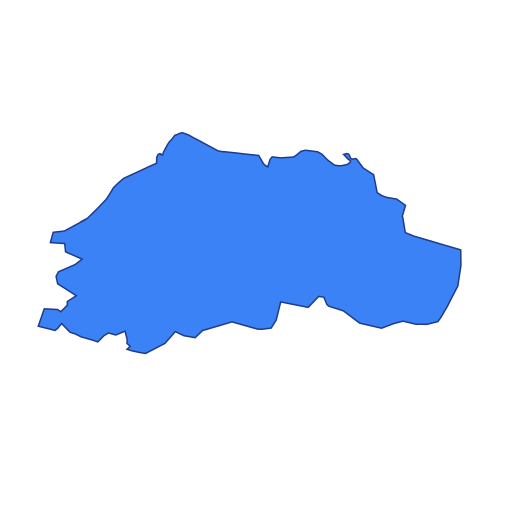 Razih, Sa`dah, Yemen, rotated 283°
{"feature_id": "15242507B22437016360372", "entity_name": "Razih", "entity_type": "district", "adm_level": 2, "iso_a3": "YEM", "parent_name": "Yemen", "parent_adm1": "Sa`dah", "projection": "natural_earth1", "projection_center": [43.257, 16.923], "detail": "fine", "context": "isolated", "style": "filled", "palette": "blue", "viewbox_px": 512, "rotation_deg": 283, "n_neighbors": 0, "source": "geoboundaries", "source_scale": "gbopen_adm2", "svg_char_len": 2313}
<svg xmlns="http://www.w3.org/2000/svg" viewBox="0 0 512 512"><g transform="rotate(283 256 256)"><path d="M251.5,79.4L251.6,79.9L237.2,63.6L233.5,53.1L222.8,52.6L225.1,66.8L217.2,69.5L214.2,85.4L213.8,87.3L207.0,81.7L196.2,67.1L191.2,65.8L190.7,66.0L184.3,69.0L178.9,84.2L176.9,89.8L169.2,82.4L165.5,83.2L157.8,78.3L159.2,74.7L158.6,71.1L156.9,61.6L153.8,61.2L150.3,60.9L146.8,60.5L142.2,60.0L138.6,59.6L138.3,77.0L140.5,78.8L146.5,81.8L139.9,91.9L139.4,97.4L138.2,102.4L137.9,103.5L137.3,115.6L136.7,121.2L144.3,125.9L147.8,129.6L147.5,137.2L153.3,145.3L145.3,149.4L141.8,149.9L139.7,153.7L136.1,151.3L135.7,156.0L135.8,163.8L136.2,170.3L143.6,179.0L150.5,187.0L164.2,194.4L162.1,203.8L162.3,206.4L162.7,215.1L164.7,216.3L165.2,216.7L166.3,217.4L171.2,220.6L171.6,221.0L171.7,221.3L172.1,222.1L186.4,247.4L185.1,273.9L185.9,278.1L189.2,287.0L198.1,290.1L216.8,290.4L217.7,318.4L230.7,326.2L231.2,331.3L224.6,336.1L223.5,338.1L222.2,353.5L213.9,372.1L213.9,394.6L221.4,405.8L225.6,414.0L225.5,425.0L225.5,427.4L226.5,431.3L227.8,437.8L233.0,448.0L237.6,449.9L250.0,453.8L256.2,455.3L272.2,459.4L293.0,457.8L308.0,454.1L310.9,405.2L312.4,396.2L326.7,390.3L327.6,389.6L338.9,390.3L343.1,380.3L342.5,369.6L343.1,365.3L345.0,359.8L361.9,352.2L361.8,351.8L365.9,340.6L372.9,332.5L373.3,331.7L373.2,330.8L372.1,328.4L372.3,326.5L373.0,325.8L375.0,324.5L376.1,323.3L376.3,321.5L374.7,318.5L370.9,324.2L370.3,326.1L369.7,326.8L368.4,326.6L365.8,324.4L363.1,318.8L362.4,314.9L362.2,311.9L365.8,303.9L370.1,297.2L371.4,292.6L370.2,280.5L368.1,276.2L364.0,273.2L360.9,270.4L357.2,258.1L356.2,249.4L353.3,248.0L348.4,247.6L345.5,247.4L346.6,244.2L347.6,242.5L354.6,236.0L354.5,235.4L354.4,234.8L353.9,230.4L352.8,221.5L352.0,214.1L350.4,200.9L350.2,200.9L350.1,199.3L349.9,195.3L355.9,173.6L356.3,172.1L357.2,168.2L357.7,166.7L358.6,163.7L359.3,159.4L359.5,156.2L358.3,154.0L356.8,152.1L355.4,149.8L349.6,147.1L347.9,146.0L344.9,144.8L336.1,142.4L334.4,142.4L333.5,142.3L333.2,141.7L333.3,141.0L333.8,140.8L334.2,140.0L334.0,138.9L333.0,138.0L332.2,137.5L329.6,137.1L324.0,138.2L321.4,134.8L320.7,133.8L306.1,115.0L301.7,109.4L295.3,104.8L290.5,101.8L283.6,99.5L277.3,97.2L275.9,96.3L269.3,92.4L267.9,91.6L255.0,83.4L254.4,82.7L254.2,82.5L252.7,80.8L251.5,79.4Z" fill="#3b82f6" stroke="#1e3a8a" stroke-width="1.5"/></g></svg>